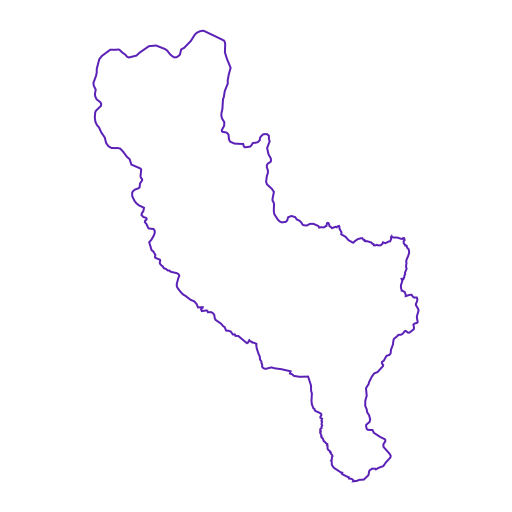 Hang Dong, Chiang Mai, Thailand
{"feature_id": "78962969B1723139594347", "entity_name": "Hang Dong", "entity_type": "district", "adm_level": 2, "iso_a3": "THA", "parent_name": "Thailand", "parent_adm1": "Chiang Mai", "projection": "albers", "projection_center": [98.893, 18.724], "detail": "fine", "context": "isolated", "style": "outline", "palette": "violet", "viewbox_px": 512, "rotation_deg": 0, "n_neighbors": 0, "source": "geoboundaries", "source_scale": "gbopen_adm2", "svg_char_len": 6059}
<svg xmlns="http://www.w3.org/2000/svg" viewBox="0 0 512 512"><path d="M230.6,67.8L226.9,58.8L224.9,52.3L225.2,43.9L224.8,42.0L223.9,40.5L204.6,31.2L202.9,30.7L200.1,31.2L196.7,32.8L194.7,34.8L190.8,41.0L184.2,47.8L181.2,49.4L179.9,54.7L177.7,56.6L176.2,57.3L174.4,57.4L172.7,56.5L170.3,54.5L166.8,50.2L164.9,49.0L156.0,45.5L148.9,46.2L139.8,52.5L136.4,55.6L128.8,57.5L126.9,56.6L125.5,54.8L122.1,52.4L119.6,49.9L118.6,49.5L114.9,49.8L110.3,49.7L101.8,56.0L99.3,59.2L96.8,68.6L96.7,72.7L96.1,75.6L93.4,83.0L93.8,85.8L95.7,89.6L94.9,94.3L95.2,96.3L96.6,99.3L100.5,102.4L101.2,104.1L101.0,105.8L95.9,110.8L95.2,112.4L94.8,117.5L95.4,121.8L96.9,125.0L99.0,127.4L101.2,132.3L104.8,137.6L106.1,143.0L108.4,146.2L111.5,148.0L118.3,148.1L120.2,148.6L123.2,151.8L126.9,156.8L129.6,159.1L131.4,164.6L140.2,168.4L141.2,169.4L140.5,176.4L141.0,177.9L142.0,179.0L142.2,180.2L140.0,183.5L139.6,187.4L138.2,188.4L134.9,189.6L132.8,191.4L132.1,193.1L132.3,196.4L134.5,200.9L136.3,203.2L139.0,205.4L144.0,207.8L143.3,211.3L141.8,213.3L141.5,215.1L143.5,217.1L145.8,217.7L146.5,218.3L146.6,219.5L145.0,220.9L144.9,222.2L146.4,223.9L148.2,227.8L148.8,228.5L153.5,229.0L154.7,230.7L154.7,232.9L153.9,235.4L151.3,239.9L149.2,242.2L151.6,250.2L153.2,251.3L155.4,255.0L155.0,256.7L155.2,257.7L160.0,259.8L160.2,260.9L159.7,262.9L160.0,263.7L161.6,265.6L162.5,266.1L163.8,268.2L166.0,269.0L167.8,270.5L169.5,270.6L170.8,271.8L176.6,273.1L178.3,274.0L179.0,275.0L179.3,275.9L178.3,278.0L176.7,284.2L176.9,286.7L178.1,288.7L181.0,292.4L183.6,294.9L185.1,295.6L190.7,299.9L194.2,301.3L196.5,303.9L198.0,307.4L202.7,307.2L202.6,307.8L201.0,309.3L201.8,311.1L206.7,310.4L207.4,311.0L208.0,312.3L210.9,312.1L212.6,312.9L214.2,314.7L214.8,318.4L215.6,319.9L221.2,323.8L223.0,326.0L224.7,327.2L226.1,330.6L228.3,330.7L230.7,331.5L232.9,334.5L234.8,334.4L235.3,335.8L238.3,336.0L246.9,343.2L247.8,342.8L249.3,340.2L250.3,341.4L251.8,341.8L252.0,342.4L254.3,342.9L256.4,343.8L256.3,345.4L256.7,348.2L258.6,354.1L259.7,356.2L260.1,359.6L261.4,361.5L261.4,363.0L262.1,364.2L262.2,366.9L263.4,368.2L265.5,368.9L271.3,367.4L274.7,368.3L281.4,369.2L290.6,371.3L289.9,373.5L292.1,374.3L293.9,375.9L299.6,376.8L308.1,376.6L311.0,385.5L311.1,391.0L311.9,393.3L311.5,400.6L311.8,404.0L313.3,408.2L314.5,409.0L314.6,409.9L315.5,411.0L319.1,412.6L321.0,413.7L321.3,414.4L321.4,415.2L320.4,416.7L320.4,417.8L322.1,418.7L321.4,420.9L322.1,421.6L321.5,424.2L322.2,425.4L321.6,426.6L321.6,428.0L320.7,428.6L320.1,429.8L320.6,430.4L320.3,431.2L320.8,431.5L320.6,432.4L320.2,432.7L321.5,435.9L321.2,436.5L321.6,436.9L321.6,437.6L322.8,438.5L323.8,441.3L324.5,441.5L326.0,443.2L327.3,444.0L326.9,445.0L327.6,445.7L327.5,448.4L328.1,449.7L329.8,451.0L330.0,452.1L330.8,452.3L330.8,453.4L332.3,455.4L332.5,456.3L331.9,457.1L331.8,459.6L331.1,460.6L331.6,461.0L331.9,464.9L333.7,467.7L340.9,472.4L342.2,472.7L341.8,473.7L342.0,474.0L346.5,476.4L348.8,477.2L348.9,478.5L351.3,478.8L352.3,479.3L353.6,480.6L353.2,481.3L356.9,480.9L359.1,479.9L363.8,479.6L368.2,475.4L368.7,474.2L369.1,471.4L369.6,470.4L372.1,468.7L375.1,468.7L375.8,469.4L378.7,467.8L383.3,466.1L385.9,462.4L390.4,457.5L390.7,455.8L389.6,453.8L383.5,446.9L383.3,444.4L385.3,441.3L385.3,440.0L384.6,439.1L380.1,436.9L373.8,432.8L372.5,430.0L368.1,429.9L367.1,429.3L366.5,428.2L366.1,426.2L366.2,424.8L369.5,422.0L370.2,419.6L369.1,415.2L367.2,412.4L366.7,409.4L365.2,405.8L365.3,400.7L366.7,395.8L366.0,388.2L368.7,383.9L369.1,382.1L371.7,376.8L374.2,373.4L377.5,372.1L382.9,366.2L383.2,365.1L381.9,363.3L382.0,361.9L383.8,360.7L386.2,356.3L387.0,355.6L389.3,355.0L390.6,353.4L391.0,349.6L392.9,344.7L393.5,340.0L394.0,338.8L397.0,336.4L398.4,334.8L400.6,334.8L402.3,334.1L405.0,331.0L405.8,331.0L408.1,332.7L409.7,332.5L413.8,329.2L414.0,327.6L413.4,324.6L414.5,323.6L417.2,322.8L417.7,321.8L416.9,317.9L416.9,316.3L418.6,310.4L418.1,308.8L415.9,305.1L415.9,304.0L417.2,300.9L417.3,299.0L416.8,297.5L414.2,297.6L412.8,296.6L411.6,294.8L409.9,294.8L405.7,296.1L405.8,295.0L404.7,292.0L402.7,290.9L401.7,290.7L400.9,287.3L401.0,285.0L402.3,281.0L401.6,278.9L402.5,278.9L403.1,279.4L403.6,278.9L403.6,278.1L404.3,277.2L404.4,275.5L405.2,274.1L404.9,272.9L406.6,268.8L406.0,266.4L406.5,262.8L406.2,261.5L406.5,259.8L408.2,255.9L409.2,252.7L408.7,249.3L406.9,247.5L406.7,245.8L406.1,245.4L405.2,245.5L405.0,244.8L403.7,243.2L403.6,241.2L404.6,240.2L404.3,238.5L403.9,238.0L403.1,238.1L402.9,238.8L401.4,238.9L397.0,237.5L393.4,237.5L391.8,236.9L391.6,236.3L391.0,237.1L391.1,239.2L390.1,241.3L389.0,241.4L385.4,243.2L382.9,242.4L382.4,243.9L380.6,245.3L377.8,245.3L376.8,244.8L375.2,245.4L373.8,245.3L373.6,244.2L372.3,243.7L371.3,242.5L367.1,241.2L366.1,241.4L365.6,240.9L364.7,241.0L364.4,239.9L363.3,239.7L362.3,238.2L361.0,238.2L357.6,239.2L354.5,241.4L353.5,242.6L353.0,242.7L348.4,240.1L345.6,236.8L341.2,234.3L341.5,232.3L339.5,228.7L339.4,226.6L338.9,225.9L337.9,226.2L336.6,227.3L335.7,226.8L331.9,228.1L331.0,227.1L329.5,226.2L329.0,224.1L328.3,223.0L327.7,222.8L326.9,223.4L326.5,225.9L325.5,226.1L324.7,227.1L323.6,227.4L321.0,227.2L319.2,227.6L319.0,226.8L318.1,225.9L313.6,223.9L309.9,223.9L306.8,225.5L304.0,225.3L302.6,224.7L301.4,222.6L299.5,220.7L296.8,219.5L295.1,217.1L291.5,216.0L288.2,217.2L287.1,220.6L285.7,221.9L281.9,222.4L279.6,221.4L277.6,219.3L274.3,214.1L273.8,211.0L274.0,204.2L273.7,202.6L272.6,200.7L272.5,199.0L273.9,191.9L271.8,188.8L267.0,184.4L266.1,181.9L266.8,176.2L267.9,172.9L267.9,170.4L266.9,167.5L266.8,165.4L267.7,163.7L270.6,161.8L271.0,160.9L270.8,158.4L268.5,154.3L267.1,148.1L269.7,141.2L268.9,139.1L268.9,135.8L267.2,134.2L264.0,134.1L262.7,134.7L260.7,136.7L260.0,138.1L259.8,140.1L257.9,142.1L255.9,142.7L252.9,143.0L251.0,145.9L249.9,146.7L244.8,147.3L243.8,146.3L243.2,144.0L234.5,143.6L230.2,141.7L229.0,139.5L228.5,134.8L227.9,133.7L226.0,132.4L222.8,131.9L221.9,131.3L221.8,130.1L224.1,125.8L224.2,124.6L224.3,122.1L222.2,118.8L221.3,115.7L221.5,112.8L222.4,109.0L223.0,99.2L223.8,97.2L224.8,91.0L227.8,83.5L227.7,80.4L228.8,74.4L230.6,67.8Z" fill="none" stroke="#5b21b6" stroke-width="2"/></svg>